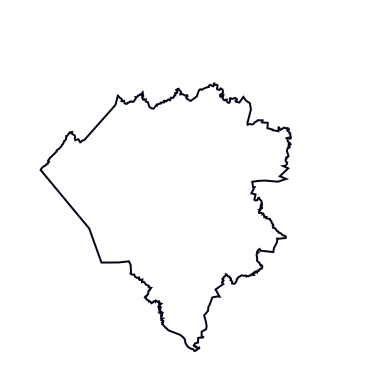 Zululand, KwaZulu-Natal, South Africa, rotated 230°
{"feature_id": "47623444B26591670939926", "entity_name": "Zululand", "entity_type": "district", "adm_level": 2, "iso_a3": "ZAF", "parent_name": "South Africa", "parent_adm1": "KwaZulu-Natal", "projection": "mercator", "projection_center": [31.134, -27.898], "detail": "fine", "context": "isolated", "style": "outline", "palette": "ink", "viewbox_px": 384, "rotation_deg": 230, "n_neighbors": 0, "source": "geoboundaries", "source_scale": "gbopen_adm2", "svg_char_len": 5966}
<svg xmlns="http://www.w3.org/2000/svg" viewBox="0 0 384 384"><g transform="rotate(230 192 192)"><path d="M92.1,197.9L93.1,197.6L94.4,198.2L95.4,197.7L97.8,197.7L98.9,199.0L100.7,200.0L101.0,200.6L101.9,200.7L103.0,201.9L103.1,203.7L103.7,202.9L104.4,203.5L105.0,205.7L104.9,207.1L102.9,206.9L93.7,215.7L96.3,218.6L98.7,224.3L100.3,226.4L102.3,227.5L101.1,227.5L96.6,234.1L97.0,235.0L98.3,235.1L100.7,233.7L103.1,233.5L105.3,232.2L106.0,232.7L107.6,232.1L110.7,232.4L112.5,231.1L113.2,232.1L114.4,232.2L114.4,233.0L114.9,233.3L117.4,233.3L118.7,234.1L120.0,233.8L121.2,234.4L123.8,232.2L124.7,232.0L125.1,232.8L126.3,231.2L127.1,232.1L128.5,232.1L129.0,232.5L129.5,231.6L130.1,232.4L131.9,231.2L132.9,230.0L133.8,230.6L134.2,231.9L134.9,231.9L134.4,232.5L134.9,232.8L135.0,233.6L135.6,233.9L135.5,234.5L134.7,234.4L134.7,235.4L136.0,236.0L136.2,235.1L136.7,236.1L137.3,235.8L138.1,236.9L137.5,237.6L140.3,239.4L143.1,239.2L144.5,239.7L144.8,239.0L143.8,236.6L145.1,234.9L146.0,234.8L149.3,239.1L152.8,236.6L155.5,243.1L156.4,241.9L161.1,244.7L157.8,250.0L153.9,255.2L144.7,264.4L141.4,272.6L147.6,269.4L148.3,280.9L153.2,278.6L152.2,280.2L152.3,282.4L153.1,283.7L155.3,283.7L156.5,284.3L157.1,285.4L156.9,285.7L157.7,286.1L158.0,286.7L157.3,287.4L157.4,289.0L162.2,290.9L163.6,292.5L163.8,293.7L164.4,294.1L163.4,295.3L164.1,295.9L165.8,296.1L166.2,296.8L166.3,297.3L165.1,297.2L165.2,298.3L166.4,298.3L167.0,297.5L167.4,298.2L169.3,297.9L171.1,299.2L172.4,299.0L171.7,300.8L170.2,301.7L169.9,301.4L169.6,302.0L170.3,303.0L171.0,302.9L172.6,304.1L173.8,304.2L173.8,304.8L176.9,305.2L177.3,304.5L178.8,305.2L178.2,305.9L178.5,306.3L178.2,306.6L178.7,306.7L179.9,305.9L180.3,305.0L182.2,303.9L182.7,299.7L183.2,299.4L185.3,300.2L185.8,299.9L183.0,297.3L187.7,293.4L188.2,293.8L192.3,290.8L196.3,294.5L200.3,290.4L201.5,292.1L204.7,288.5L204.5,287.0L205.1,285.4L204.6,282.6L205.3,281.3L206.9,280.0L207.8,277.9L209.2,278.8L217.3,290.1L222.7,293.4L227.4,292.1L231.8,292.5L230.1,285.8L233.1,283.6L233.8,283.9L233.6,285.1L234.1,286.0L236.0,285.7L237.5,282.7L239.3,281.6L239.1,280.9L237.6,280.1L236.5,278.3L236.6,277.5L237.7,276.9L239.3,276.9L240.3,278.1L241.0,277.4L241.5,275.7L243.1,275.4L244.4,276.0L246.1,278.4L246.5,277.7L246.3,275.3L247.3,275.1L248.3,275.9L248.1,279.6L250.7,281.2L252.8,280.7L253.0,280.1L252.5,278.8L254.3,277.3L255.2,277.7L257.2,280.2L258.3,279.8L259.1,278.6L260.8,278.9L261.0,278.3L259.5,276.8L259.4,276.1L262.4,274.8L262.4,273.0L261.7,272.6L263.2,269.1L264.1,265.1L265.2,264.6L265.5,263.9L265.1,262.1L262.1,257.0L262.6,249.5L267.2,247.9L268.0,248.3L268.3,250.2L269.2,250.5L270.4,248.6L273.1,247.7L274.2,245.8L274.9,246.3L274.8,247.4L276.2,248.1L278.8,247.5L279.6,248.1L280.1,247.2L280.4,245.5L278.4,245.3L277.6,244.5L277.5,243.9L278.4,243.4L278.7,242.7L276.7,241.3L277.3,240.6L276.1,238.4L277.8,236.4L276.8,235.2L276.5,233.9L278.1,233.5L278.0,230.8L279.7,229.6L279.8,229.0L278.6,228.7L278.6,228.2L280.6,225.5L279.9,224.8L280.9,223.0L281.1,221.9L280.8,221.0L281.6,221.1L280.5,216.2L282.3,214.7L284.8,214.1L289.1,216.0L291.0,214.7L292.5,216.0L292.6,215.3L293.8,215.1L293.8,214.2L294.5,213.9L294.9,214.4L296.3,214.4L296.6,215.8L297.6,215.6L297.1,216.5L300.0,218.2L299.5,216.3L299.1,216.4L299.3,215.7L300.1,215.2L299.9,214.1L300.7,212.5L299.9,211.4L301.0,209.7L300.1,209.5L299.7,208.8L298.8,205.4L299.2,204.3L300.5,203.7L300.4,203.3L301.2,202.2L301.2,200.8L301.8,199.6L301.5,198.5L303.2,197.4L305.5,198.5L306.2,197.0L307.1,196.5L307.5,197.5L308.6,197.9L310.3,197.3L312.1,197.3L312.5,197.8L312.4,197.5L313.5,197.1L307.9,189.4L301.0,142.9L301.7,141.6L301.9,138.3L305.5,138.9L306.7,135.9L308.0,136.4L309.5,138.0L310.7,138.5L314.3,137.3L315.0,138.7L316.3,136.7L315.1,131.7L315.5,131.4L313.4,129.4L312.8,126.6L313.1,126.3L311.7,124.3L311.6,122.5L311.0,121.5L310.6,117.8L310.9,115.1L310.1,114.5L309.3,104.8L308.5,101.8L307.1,102.0L306.9,101.5L307.1,99.9L306.2,99.3L306.8,97.7L306.5,96.0L307.0,94.8L306.9,92.2L306.2,90.2L230.1,89.8L196.2,77.3L185.4,90.2L179.4,99.1L175.5,98.1L169.3,93.4L169.0,92.4L166.7,93.4L165.9,94.7L163.8,93.9L161.5,94.7L160.5,96.5L159.6,96.2L159.1,95.2L158.5,95.3L157.5,96.2L156.9,97.7L155.0,95.7L154.1,97.4L150.2,97.3L148.0,98.6L146.8,97.6L144.8,99.1L144.6,97.6L144.1,97.1L144.3,95.3L141.8,92.5L142.0,91.6L141.5,90.4L142.0,89.2L141.6,88.1L140.0,88.6L139.2,88.1L136.1,89.1L135.7,88.7L135.4,89.3L134.4,89.7L132.9,89.4L132.6,90.6L132.8,92.7L132.3,93.1L132.2,94.0L131.4,93.6L131.6,94.7L129.7,95.2L129.5,96.4L127.4,95.9L126.2,96.6L126.3,95.2L127.1,94.7L126.0,94.1L125.9,93.5L125.2,94.2L124.0,94.0L124.5,92.8L123.5,93.2L123.1,92.8L124.1,92.1L123.4,91.4L122.3,91.8L122.2,91.1L121.3,90.4L121.0,89.4L119.4,89.7L120.5,90.5L120.3,91.4L118.2,91.8L117.9,90.5L116.5,89.5L116.9,88.5L115.8,88.0L115.1,87.0L113.9,88.2L114.0,87.3L113.5,86.2L111.6,87.1L111.1,86.4L111.1,85.4L110.4,85.6L110.0,84.4L109.3,84.8L108.3,84.3L101.1,85.1L89.9,91.2L86.0,91.9L83.5,91.7L80.2,89.8L75.9,89.3L72.4,90.6L71.0,91.8L68.6,91.7L68.3,92.0L67.7,97.2L68.4,97.5L69.3,95.9L70.9,95.8L70.6,95.3L71.3,95.3L71.9,94.7L73.3,94.7L74.1,97.1L72.8,99.8L76.3,103.0L73.5,106.9L73.6,107.3L75.3,106.7L78.8,109.6L77.8,114.5L79.5,116.7L82.9,118.9L89.7,122.0L90.6,127.7L93.8,131.2L94.1,132.7L98.2,139.8L95.6,144.5L94.1,145.8L102.2,147.4L101.4,156.9L103.3,156.7L103.7,157.1L103.5,158.4L104.3,158.7L104.2,159.3L105.8,159.4L105.6,160.5L106.2,160.9L106.5,162.1L106.2,164.3L107.2,165.0L106.4,165.5L104.0,165.4L103.1,166.3L102.0,165.8L100.9,166.2L99.9,165.7L99.7,164.9L97.6,165.2L96.1,163.9L94.5,165.4L94.6,167.4L95.8,169.9L96.5,170.3L96.5,171.8L96.9,172.5L96.3,176.3L93.6,178.9L93.6,179.3L93.0,179.7L92.2,179.5L92.0,180.5L91.1,181.2L90.7,183.9L90.3,183.9L90.3,184.7L89.7,185.1L90.5,185.4L90.5,186.3L89.8,185.6L88.9,186.3L89.6,186.5L89.7,187.8L90.2,187.7L90.4,188.5L89.6,189.0L90.0,190.1L88.7,190.2L89.0,190.6L88.7,192.2L89.5,192.5L88.9,194.0L88.9,194.7L89.3,194.9L89.0,195.8L88.5,196.4L89.2,197.6L90.3,197.9L91.6,197.2L92.4,197.5L92.1,197.9Z" fill="none" stroke="#020617" stroke-width="2"/></g></svg>